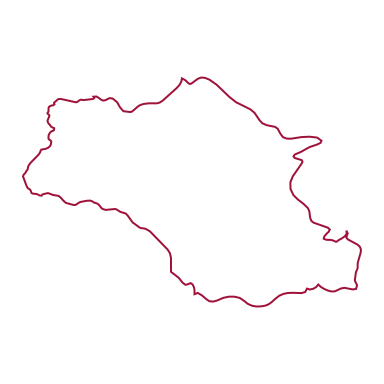 the Administrative State of Gambela Peoples
{"feature_id": "ETH-3130", "entity_name": "Gambela Peoples", "entity_type": "Administrative State", "adm_level": 1, "iso_a3": "ETH", "parent_name": "Ethiopia", "parent_adm1": "", "projection": "orthographic", "projection_center": [34.092, 7.81], "detail": "fine", "context": "isolated", "style": "outline", "palette": "rose", "viewbox_px": 384, "rotation_deg": 0, "n_neighbors": 0, "source": "natural_earth", "source_scale": "10m", "svg_char_len": 3312}
<svg xmlns="http://www.w3.org/2000/svg" viewBox="0 0 384 384"><path d="M129.9,112.0L131.4,111.8L132.0,111.6L137.9,106.5L139.4,105.5L141.7,104.5L144.1,103.9L148.9,103.3L157.0,103.3L159.6,102.6L162.5,100.8L176.5,88.2L179.5,84.9L181.3,81.6L181.9,78.4L185.3,80.2L187.9,82.8L189.6,84.0L191.3,83.6L198.0,78.7L201.4,77.5L205.1,77.9L209.5,79.7L216.6,84.7L229.1,96.7L236.0,102.2L250.3,109.3L254.5,112.8L259.6,120.3L262.4,123.3L266.8,125.2L275.2,126.9L277.8,128.9L280.2,133.4L282.9,137.1L286.7,138.6L291.1,138.7L301.4,137.1L309.6,136.7L317.2,137.6L321.5,140.8L320.5,142.9L316.9,144.6L309.7,147.0L301.1,151.8L294.7,154.6L293.5,156.4L294.7,158.0L301.7,160.1L302.5,161.6L301.7,163.5L292.8,176.3L290.4,182.2L290.5,189.0L293.5,195.2L298.0,199.6L303.1,203.5L307.9,208.1L309.3,211.2L310.2,218.0L311.4,220.9L313.6,222.7L327.9,227.7L329.8,229.5L328.6,231.9L326.7,233.6L324.4,236.3L323.7,238.7L326.3,239.8L330.6,239.9L332.6,240.3L336.0,241.8L336.9,241.5L337.8,240.7L339.2,239.8L342.0,238.3L344.9,236.2L346.7,233.7L346.4,230.6L347.7,233.3L346.3,237.5L347.7,239.3L357.5,244.6L359.9,246.8L361.0,249.8L360.6,252.8L357.8,262.7L357.6,264.6L357.7,266.6L357.5,268.5L355.9,272.3L355.6,274.3L355.5,275.8L355.0,278.7L354.9,280.2L355.3,281.7L356.7,284.4L357.0,285.6L356.0,289.0L352.6,289.4L344.4,287.8L340.9,288.5L335.0,291.3L331.4,291.5L328.1,290.6L324.3,289.0L320.8,286.9L318.3,284.5L316.2,287.0L313.2,288.8L309.8,289.5L307.0,288.6L305.2,292.0L301.5,293.1L292.9,292.8L287.8,293.0L283.4,293.9L279.3,295.7L275.3,298.8L271.8,302.0L268.8,304.2L265.5,305.6L260.9,306.4L256.3,306.5L251.9,305.7L247.7,303.8L244.0,300.8L239.7,297.9L234.4,296.7L228.7,296.7L223.5,297.8L216.6,300.7L213.0,301.6L209.3,301.2L206.0,298.9L201.8,295.3L197.7,292.9L194.5,294.2L194.5,289.7L193.8,286.8L192.4,284.3L190.5,283.1L188.1,284.2L185.5,284.8L182.7,282.8L178.8,277.9L172.3,272.8L171.4,272.3L171.0,271.6L171.0,258.2L170.0,253.4L167.5,249.4L149.9,231.3L145.6,228.8L144.2,228.5L141.2,228.1L139.8,227.7L132.6,222.4L128.1,216.1L126.2,213.9L124.9,213.2L120.4,211.9L116.5,209.4L115.0,209.0L105.8,209.9L102.7,209.0L101.3,207.9L99.3,205.3L97.9,204.0L96.5,203.3L93.9,202.5L92.6,201.5L90.2,200.6L86.5,200.8L80.3,202.0L79.1,202.6L75.6,204.9L73.8,205.0L65.9,202.9L63.3,200.6L61.1,198.0L58.9,196.1L57.7,195.7L53.1,195.0L49.0,193.4L47.8,193.1L43.2,194.2L42.5,194.5L41.6,195.7L39.7,195.4L36.6,194.0L32.7,193.6L31.7,193.1L31.2,192.2L30.8,190.9L30.2,189.7L27.8,188.2L26.6,186.0L23.0,176.4L23.6,174.8L25.5,172.8L25.6,172.6L26.2,171.2L26.9,170.5L27.6,169.5L28.2,166.5L28.9,165.1L30.8,162.6L38.8,154.4L39.7,153.0L40.4,151.6L40.7,150.4L41.3,149.6L45.5,148.9L48.0,147.8L49.8,146.4L50.9,144.4L51.3,141.5L50.8,140.7L48.9,139.3L48.5,138.6L48.5,136.6L48.7,135.1L49.3,133.8L50.4,132.2L51.7,131.2L53.0,130.8L54.0,130.1L54.2,128.2L52.3,127.4L51.0,126.6L50.0,125.0L49.0,124.0L48.0,122.6L47.5,120.9L47.8,119.8L49.0,117.1L49.4,115.4L49.1,114.9L47.8,113.9L47.5,113.5L47.6,112.7L48.4,111.7L48.5,111.1L48.5,108.7L48.7,107.6L49.4,106.5L51.3,105.6L53.5,105.2L54.5,104.2L54.1,103.4L54.0,102.8L58.1,99.2L60.6,98.9L76.0,102.3L77.3,101.9L79.3,100.4L80.4,99.8L81.5,99.7L83.3,100.1L92.9,99.0L94.2,98.2L94.3,97.7L93.5,96.7L96.4,96.5L98.8,97.9L100.9,99.6L103.1,100.6L105.8,100.1L107.8,98.9L109.9,98.1L112.8,98.6L117.2,102.3L120.0,107.3L123.4,111.2L129.9,112.0Z" fill="none" stroke="#9f1239" stroke-width="2"/></svg>